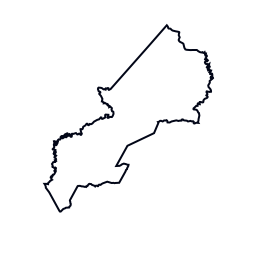 the district of Arizona, Atlántida, Honduras, rotated 222°
{"feature_id": "27666195B1306465468635", "entity_name": "Arizona", "entity_type": "district", "adm_level": 2, "iso_a3": "HND", "parent_name": "Honduras", "parent_adm1": "Atlántida", "projection": "orthographic", "projection_center": [-87.352, 15.642], "detail": "fine", "context": "isolated", "style": "outline", "palette": "ink", "viewbox_px": 256, "rotation_deg": 222, "n_neighbors": 0, "source": "geoboundaries", "source_scale": "gbopen_adm2", "svg_char_len": 5846}
<svg xmlns="http://www.w3.org/2000/svg" viewBox="0 0 256 256"><g transform="rotate(222 128 128)"><path d="M149.6,29.2L149.1,28.6L143.6,27.5L123.5,20.5L122.6,20.4L122.1,20.9L121.9,24.6L121.1,26.0L120.8,27.2L118.5,29.6L118.9,30.2L118.8,31.9L119.7,33.3L120.7,33.7L121.3,34.4L122.4,35.0L122.8,35.4L126.5,51.0L126.4,51.5L124.9,52.9L123.4,53.6L122.3,54.5L120.6,55.4L120.2,56.0L119.6,56.2L119.6,56.5L119.9,57.0L119.3,57.7L119.6,58.3L119.4,59.3L119.6,60.0L119.3,60.7L117.8,61.7L116.8,61.6L114.1,62.7L113.3,62.6L113.3,63.5L112.4,64.5L112.1,64.7L111.7,64.5L111.4,64.6L111.3,64.9L111.6,65.4L111.5,66.6L110.3,67.4L110.2,68.6L109.7,70.0L107.5,74.2L103.3,76.2L102.1,77.5L101.1,78.0L100.5,78.8L97.9,81.4L100.8,94.1L101.4,95.4L101.2,96.8L101.7,97.4L102.4,100.1L103.0,101.0L103.7,100.4L105.5,99.7L107.3,98.7L108.2,96.9L108.5,95.3L109.0,94.2L111.3,91.9L116.5,114.4L105.2,141.6L108.5,151.2L108.9,152.2L109.7,152.5L109.3,153.0L108.9,154.8L108.3,155.4L106.6,156.1L106.2,157.8L105.2,158.6L104.6,159.6L103.7,159.6L102.4,158.6L100.7,160.0L100.0,162.0L97.2,166.0L95.2,167.0L94.6,167.9L93.2,169.3L93.7,170.1L93.3,170.8L92.8,171.1L92.0,171.0L91.4,171.2L89.2,172.8L87.8,173.0L86.2,175.2L85.3,175.4L84.1,176.6L83.3,176.6L82.7,175.7L81.9,175.6L81.5,176.0L80.7,177.7L79.1,178.9L80.0,179.2L80.5,180.5L81.5,181.8L83.3,185.0L85.3,186.6L86.1,186.5L87.8,187.2L88.9,187.4L89.8,187.1L91.6,185.8L91.9,185.8L92.4,186.4L92.1,189.4L92.1,190.1L91.1,191.0L92.4,192.6L92.5,193.1L92.1,193.6L90.9,193.5L90.6,193.7L91.9,194.7L92.1,195.3L91.5,195.9L89.8,196.8L89.4,197.4L89.5,197.9L90.3,198.8L90.5,199.4L90.5,201.0L89.5,203.0L89.4,203.9L89.6,204.4L89.9,204.6L91.6,204.6L91.7,204.9L91.4,205.8L91.5,206.1L92.1,206.6L93.4,207.0L94.0,207.7L93.9,208.1L93.2,208.2L92.3,208.9L91.7,209.2L91.3,210.0L90.6,210.3L90.7,210.7L91.6,211.5L92.8,212.0L95.7,212.4L96.9,213.4L97.5,216.4L98.5,217.3L98.8,217.7L98.5,219.2L98.7,220.0L98.3,220.5L98.2,222.0L98.8,222.4L99.1,222.3L99.4,221.9L99.5,220.9L99.9,220.5L100.2,220.6L100.7,221.6L100.3,222.9L100.5,223.5L101.2,224.2L101.8,224.6L102.2,224.5L102.4,223.5L103.1,223.1L103.7,223.9L104.7,223.8L104.7,224.2L104.4,225.5L104.7,226.3L105.5,225.8L106.5,226.0L106.3,225.3L106.9,224.4L107.9,224.9L108.2,225.6L110.1,225.9L110.2,226.7L108.8,227.0L108.2,228.2L108.4,228.4L109.3,228.5L109.6,228.0L110.4,227.6L110.6,228.2L110.3,228.6L110.1,229.2L110.5,229.9L110.7,228.9L111.7,228.7L112.7,227.8L113.6,227.7L114.6,228.1L114.9,228.4L114.9,228.8L114.6,229.7L113.8,230.5L113.9,231.7L114.2,231.7L114.5,231.2L114.9,231.6L116.2,230.6L116.6,230.5L117.0,231.5L116.3,232.0L117.0,232.4L117.5,233.2L117.4,233.9L117.8,234.1L117.8,234.4L118.0,234.5L119.0,233.7L120.0,234.2L120.1,234.4L119.6,235.0L119.9,235.5L120.5,234.9L121.7,235.6L121.7,234.9L122.1,234.3L122.5,234.1L123.3,234.3L123.8,233.4L125.1,232.6L127.1,232.1L128.7,232.1L129.2,231.9L134.1,227.4L136.7,225.4L137.9,224.8L139.7,225.3L143.1,227.6L144.2,227.6L147.0,226.8L147.9,226.8L148.9,227.1L149.4,227.6L150.3,230.0L152.2,230.8L153.1,231.9L153.7,233.2L154.1,233.5L154.9,233.2L157.2,231.8L160.0,230.3L160.9,230.1L162.9,230.2L164.4,229.1L165.0,229.2L166.2,230.0L167.9,230.3L167.5,202.4L167.0,145.2L167.3,144.8L167.5,143.8L167.8,143.5L168.7,143.7L169.3,144.4L169.7,144.2L170.1,143.6L170.2,143.0L170.9,142.6L170.4,141.6L171.3,141.5L171.6,140.6L172.5,140.3L173.9,140.2L174.9,139.8L176.8,138.4L176.9,137.7L176.4,136.8L174.4,135.7L173.0,136.2L172.5,136.1L172.2,135.7L172.4,134.5L172.2,134.1L169.4,133.7L166.5,132.5L165.2,130.3L164.6,130.7L163.8,130.5L163.0,130.7L162.6,130.2L162.4,130.6L161.9,130.8L161.9,131.2L160.1,131.5L159.9,131.8L159.1,132.1L158.7,132.0L158.6,131.4L158.4,131.2L157.3,131.4L156.9,131.9L156.5,132.0L155.9,131.0L155.4,132.0L153.4,132.0L152.9,131.5L152.6,130.7L151.8,130.2L151.0,129.8L150.3,130.2L149.7,130.2L148.2,128.8L147.5,126.9L147.3,125.5L147.6,125.1L148.7,124.3L149.1,123.4L149.3,122.5L149.9,122.0L150.3,122.1L150.5,122.3L151.0,124.3L151.4,124.7L153.6,123.0L153.7,122.6L153.5,122.2L152.0,120.6L152.6,118.8L153.0,117.8L153.5,117.4L154.1,117.4L154.8,118.0L155.3,117.7L155.3,115.1L156.3,113.5L157.5,110.0L157.5,107.5L157.8,106.6L158.1,106.0L159.1,105.4L159.0,104.3L159.1,103.8L159.8,103.5L160.9,104.0L161.6,103.4L161.4,101.4L162.1,99.0L161.3,97.5L161.1,96.7L161.3,96.3L162.3,95.7L162.5,95.3L160.1,93.5L158.6,92.9L158.3,92.2L158.3,91.5L158.7,91.2L160.4,91.3L160.8,90.7L161.0,89.7L161.4,89.3L163.3,89.4L164.7,87.0L165.7,86.3L165.8,85.5L164.7,84.9L164.3,84.3L164.1,83.8L164.4,83.3L165.2,83.2L166.3,83.7L167.0,84.3L167.5,84.3L167.8,83.6L166.9,82.6L167.4,81.9L168.0,81.7L168.4,81.9L168.7,83.2L169.3,83.5L169.6,83.4L170.6,80.9L170.5,79.9L169.6,79.9L168.1,80.7L167.7,80.5L167.6,80.0L168.8,79.0L169.3,78.2L169.6,76.7L170.0,76.4L170.5,76.3L170.8,76.5L170.1,77.7L170.3,78.5L171.1,78.4L172.0,77.5L172.0,76.1L170.9,74.8L170.7,74.2L170.9,73.7L171.9,73.1L172.0,72.3L171.9,71.9L170.9,71.0L170.9,70.5L171.3,70.0L172.5,69.9L172.9,69.0L174.0,68.9L174.2,68.6L173.8,68.3L172.8,68.5L170.9,69.5L170.3,69.5L169.8,67.5L170.0,67.0L170.6,66.9L172.0,67.8L172.5,67.8L172.7,67.5L171.9,65.9L170.6,65.0L169.8,64.1L169.8,61.9L169.3,61.8L168.0,62.8L167.1,63.1L166.7,62.4L167.0,60.9L166.7,60.4L166.3,60.3L165.9,60.5L165.8,61.7L165.5,61.8L165.3,61.5L165.2,60.3L166.0,59.5L166.0,59.1L165.7,59.0L164.8,59.3L162.9,59.4L162.9,58.9L163.7,58.2L162.9,56.9L161.3,57.1L160.6,56.7L160.7,55.9L159.3,55.4L159.4,55.0L160.4,54.7L159.5,53.9L160.7,52.6L160.5,51.4L160.4,50.4L159.0,49.8L158.3,48.7L157.9,48.5L157.3,48.9L156.6,49.0L155.4,48.8L155.5,49.9L154.7,50.0L154.5,49.7L154.7,48.9L153.7,48.5L153.2,48.0L154.0,47.3L154.1,47.0L153.7,46.7L152.5,46.8L151.9,44.2L152.0,43.7L152.6,43.0L152.5,42.1L152.0,42.0L152.0,41.4L151.7,41.0L151.9,40.4L152.6,40.4L152.5,39.7L152.2,39.4L151.3,39.5L150.5,38.5L149.8,38.6L150.5,36.2L150.3,35.3L150.6,34.1L150.4,33.6L149.8,32.8L151.4,31.8L152.7,30.6L151.6,30.3L150.2,29.6L149.6,29.2Z" fill="none" stroke="#020617" stroke-width="2"/></g></svg>